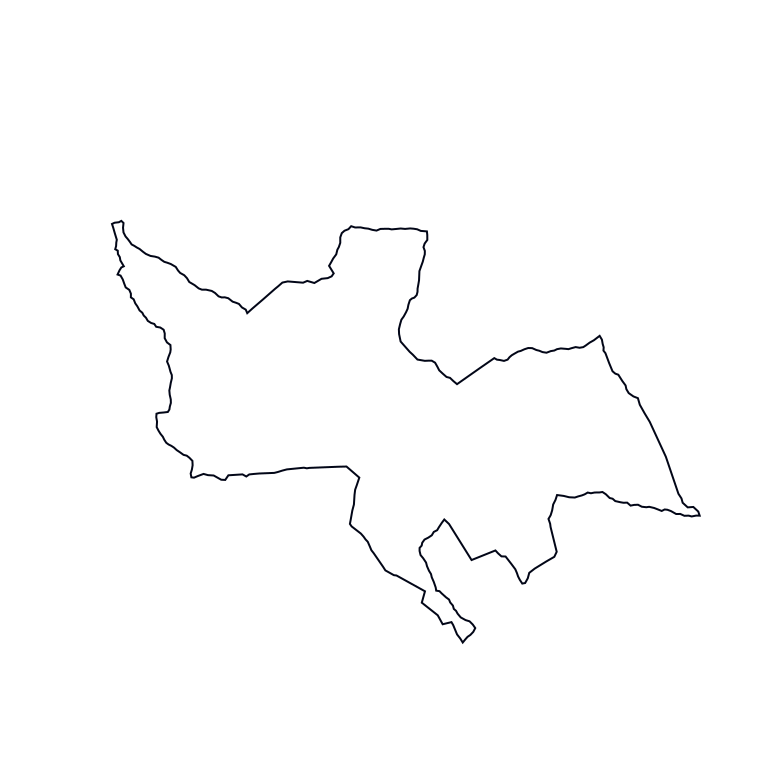 the district of Umuarama, Paraná, Brazil, rotated 153°
{"feature_id": "56859067B70861767862647", "entity_name": "Umuarama", "entity_type": "district", "adm_level": 2, "iso_a3": "BRA", "parent_name": "Brazil", "parent_adm1": "Paraná", "projection": "robinson", "projection_center": [-53.402, -23.707], "detail": "fine", "context": "isolated", "style": "outline", "palette": "ink", "viewbox_px": 768, "rotation_deg": 153, "n_neighbors": 0, "source": "geoboundaries", "source_scale": "gbopen_adm2", "svg_char_len": 5350}
<svg xmlns="http://www.w3.org/2000/svg" viewBox="0 0 768 768"><g transform="rotate(153 384 384)"><path d="M309.4,520.2L312.4,521.7L316.8,523.8L321.0,524.1L324.5,526.7L327.4,529.5L330.6,531.6L333.8,534.2L338.7,536.6L341.6,539.5L345.4,538.1L349.6,538.5L353.1,537.6L356.4,534.5L358.9,529.6L362.1,526.5L364.6,524.8L367.7,521.2L372.3,518.9L375.8,516.5L379.3,514.2L378.6,505.4L381.8,503.7L386.1,503.9L391.9,506.1L400.2,505.6L405.6,510.7L410.1,511.0L423.2,519.1L428.5,520.5L434.0,519.1L437.7,518.3L453.8,514.2L467.0,511.0L473.7,509.2L473.4,513.0L475.8,516.7L476.9,521.2L479.0,523.6L481.5,526.1L483.8,531.1L486.5,533.5L489.3,534.8L491.6,537.2L493.2,541.8L495.2,545.1L499.8,548.9L503.4,550.7L505.7,553.3L507.9,558.1L511.2,563.3L511.5,567.7L512.6,571.6L515.2,575.5L516.0,578.7L516.4,582.9L519.5,587.7L522.1,590.5L524.3,592.6L525.9,595.5L527.5,598.9L530.3,601.5L533.9,604.1L537.1,608.0L538.7,611.2L540.5,615.3L542.3,617.9L543.8,620.5L545.5,622.9L545.9,626.1L546.5,629.5L547.3,632.8L547.3,637.3L545.6,641.7L543.0,645.7L544.0,648.6L546.8,648.5L550.8,650.0L553.7,650.1L554.3,646.2L555.4,640.6L556.6,633.8L558.3,631.6L560.1,628.5L562.3,626.1L560.7,623.7L562.1,620.5L561.8,617.0L562.8,613.8L562.4,607.0L565.1,607.1L568.0,605.4L571.7,602.5L569.5,600.2L569.3,595.7L569.9,591.3L570.3,587.3L568.2,583.5L568.5,579.4L570.2,576.1L568.6,573.1L569.0,568.8L568.5,565.2L568.4,560.5L567.0,557.2L567.0,554.1L566.0,551.1L565.8,547.5L563.8,544.1L561.4,541.8L561.0,538.4L557.7,535.9L555.7,532.4L556.4,528.6L558.6,524.4L558.5,519.6L556.6,515.7L558.4,511.6L560.1,509.2L563.7,506.0L567.1,502.5L567.4,498.1L568.0,495.1L568.7,491.8L569.0,488.3L570.4,485.4L573.4,481.9L576.4,477.9L578.2,475.7L579.8,471.7L581.0,467.0L582.5,463.9L585.0,461.2L586.8,458.7L589.3,457.2L593.4,458.7L597.3,460.3L600.2,460.8L602.0,457.8L603.3,453.5L606.1,448.8L606.1,444.9L605.8,441.2L605.0,437.3L605.1,434.3L604.7,430.5L603.4,427.9L601.6,425.5L600.0,422.7L598.7,419.2L596.8,415.8L594.8,411.9L592.3,409.7L590.9,406.7L589.6,402.5L591.4,398.5L594.0,395.0L596.9,392.0L598.0,388.3L595.8,386.8L591.6,386.5L585.6,385.8L582.2,382.7L577.3,379.8L572.5,372.6L569.0,370.6L564.1,373.3L551.1,367.7L548.7,364.1L545.1,364.6L540.7,362.9L535.8,360.9L522.1,354.6L518.6,353.8L513.9,353.0L509.3,352.0L493.4,345.8L491.0,343.9L488.5,343.1L462.0,330.9L454.9,327.5L448.5,311.8L454.3,306.1L457.7,302.9L460.6,298.6L465.5,290.3L469.7,285.6L474.6,279.1L477.9,274.8L477.5,271.8L475.0,266.5L472.5,261.2L471.5,257.3L471.0,253.9L470.1,250.8L470.4,245.6L470.7,241.6L470.0,238.0L467.8,221.5L467.4,217.3L462.0,209.2L459.8,207.7L441.6,180.7L449.6,172.0L441.1,153.5L440.8,143.3L432.0,141.2L431.8,137.8L432.6,127.7L431.6,122.6L431.2,117.9L427.6,119.5L424.3,120.8L421.0,121.2L417.0,122.6L413.5,125.1L414.1,129.4L415.5,133.7L418.5,136.6L421.6,141.2L422.7,146.0L422.8,149.2L423.9,151.9L423.2,155.3L424.2,159.3L423.9,162.4L425.6,165.8L427.7,171.3L428.6,174.2L431.3,176.2L430.3,179.3L429.5,185.1L429.2,190.1L428.4,193.3L428.7,197.2L428.4,202.1L427.6,205.8L428.2,211.0L429.1,215.0L428.1,219.1L426.7,221.8L423.8,222.9L422.0,225.2L418.5,227.0L414.3,227.0L410.1,227.5L406.8,229.6L403.0,229.6L400.2,231.4L395.6,234.0L391.8,235.9L389.6,229.7L385.9,187.4L360.3,185.1L359.2,181.2L357.6,177.1L354.0,175.1L352.2,165.7L351.1,159.3L351.4,155.1L351.9,151.7L351.9,147.9L351.4,143.4L348.6,142.6L344.1,145.6L340.3,149.8L333.5,151.1L319.9,152.2L310.7,152.7L306.3,156.1L300.5,181.0L299.4,184.1L298.7,189.1L295.1,191.4L291.6,195.0L289.7,197.5L288.0,199.8L283.8,202.9L280.2,206.5L274.7,202.7L270.4,199.0L265.5,196.2L262.1,195.7L258.3,194.9L255.3,194.6L251.8,194.8L249.2,192.7L245.6,191.7L241.4,189.6L238.4,188.6L236.4,185.1L234.7,180.0L232.4,178.0L231.1,174.7L227.0,171.3L224.6,169.5L221.2,167.9L219.5,163.7L216.0,162.7L212.5,161.1L210.0,157.6L206.2,155.1L203.5,154.2L199.6,150.9L196.9,147.9L194.2,144.8L190.9,144.8L188.6,143.3L186.0,140.5L182.7,135.5L179.0,133.7L176.2,130.2L172.3,128.4L170.0,126.3L165.8,125.1L162.5,123.4L161.9,127.7L164.2,134.0L169.4,136.2L171.8,142.6L170.9,147.0L171.5,152.5L169.3,167.7L165.9,191.2L165.6,198.7L165.3,206.5L164.4,229.6L165.1,239.5L165.5,249.4L164.2,256.1L167.4,259.7L170.1,264.8L170.4,269.4L169.4,273.0L170.3,278.5L171.0,285.9L173.2,288.2L174.6,291.6L173.9,300.5L172.7,310.9L173.3,314.1L171.6,317.0L171.0,320.3L169.7,324.6L170.0,329.0L172.8,328.5L177.1,327.7L181.9,327.5L186.8,326.7L189.7,326.4L193.3,327.5L196.5,329.9L200.8,330.8L203.8,331.3L206.1,332.8L210.3,335.4L214.1,336.5L217.0,336.5L220.5,337.6L225.0,338.1L228.3,340.5L230.5,343.1L232.8,345.1L235.7,348.7L239.2,350.6L243.1,351.2L247.2,351.4L249.9,352.0L254.3,351.8L257.2,351.6L260.0,350.9L262.8,349.6L266.6,350.1L269.9,352.8L272.3,354.4L274.0,357.0L291.6,354.6L319.0,350.7L320.9,355.2L322.4,359.5L325.1,361.9L327.0,366.7L328.6,371.1L328.6,375.0L328.8,379.8L330.9,383.1L334.0,384.7L337.1,386.1L339.5,387.9L343.1,390.6L345.0,397.0L346.5,401.0L347.5,404.9L348.6,409.2L349.9,414.3L347.9,421.6L345.9,426.0L342.4,430.1L339.3,433.4L335.8,435.2L331.7,438.0L328.8,440.3L326.3,443.5L322.9,446.9L320.4,447.5L317.7,447.2L314.5,448.4L312.3,450.9L310.8,453.7L308.0,457.4L305.7,460.5L302.6,466.0L301.2,468.5L297.2,472.3L293.9,475.4L291.1,478.6L288.8,481.0L287.2,484.0L286.7,488.0L284.0,490.7L280.0,492.7L277.8,497.1L276.5,500.5L281.7,503.7L284.2,506.8L287.1,508.9L290.0,510.7L294.8,512.6L298.6,515.0L302.5,516.5L307.0,518.3L309.4,520.2Z" fill="none" stroke="#020617" stroke-width="2"/></g></svg>